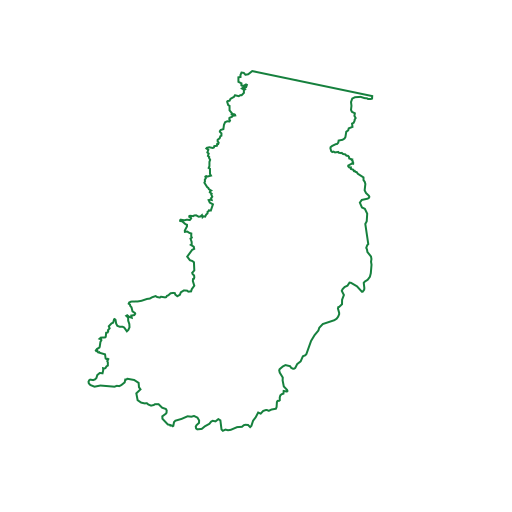 outline of Yavaraté (Cor. Departamental), Vaupés, Colombia, rotated 122°
{"feature_id": "7082276B57930571389360", "entity_name": "Yavaraté (Cor. Departamental)", "entity_type": "district", "adm_level": 2, "iso_a3": "COL", "parent_name": "Colombia", "parent_adm1": "Vaupés", "projection": "mercator", "projection_center": [-69.777, 0.831], "detail": "fine", "context": "isolated", "style": "outline", "palette": "green", "viewbox_px": 512, "rotation_deg": 122, "n_neighbors": 0, "source": "geoboundaries", "source_scale": "gbopen_adm2", "svg_char_len": 6144}
<svg xmlns="http://www.w3.org/2000/svg" viewBox="0 0 512 512"><g transform="rotate(122 256 256)"><path d="M101.2,357.2L106.0,358.9L107.9,361.0L107.2,363.4L108.1,365.5L110.7,365.1L112.4,364.0L113.8,365.6L117.6,363.2L117.3,359.8L118.9,359.0L119.1,358.5L118.1,356.6L115.8,355.4L115.7,354.4L117.9,353.9L120.0,356.2L121.4,356.7L121.3,355.2L120.2,355.1L120.3,353.6L122.0,354.1L124.0,352.7L127.3,353.4L127.9,354.5L129.6,355.3L130.8,359.0L132.7,359.0L136.2,360.9L138.3,360.7L139.7,362.2L140.5,362.2L142.7,359.6L142.7,358.0L146.5,355.6L147.7,352.1L148.6,351.8L147.4,349.9L147.3,348.7L147.8,348.1L149.7,350.3L150.6,350.1L152.9,351.7L154.1,351.2L154.9,349.8L156.0,349.8L157.0,351.8L158.9,353.1L161.7,352.7L165.7,350.9L167.8,352.7L169.3,352.8L169.8,352.5L170.3,350.3L172.3,349.1L173.3,349.7L175.5,349.2L177.7,350.1L178.9,349.5L179.7,347.7L181.1,347.4L181.5,348.3L183.3,347.6L184.9,349.6L186.2,349.2L187.3,349.9L188.5,353.2L190.3,355.0L191.1,355.1L191.2,352.7L194.0,352.1L194.2,350.4L196.6,349.8L196.8,348.2L197.6,347.9L198.8,345.8L200.8,345.4L204.5,343.1L206.4,342.8L206.4,341.3L210.8,338.5L211.7,336.8L214.4,339.3L214.6,340.6L215.5,341.0L216.5,339.8L218.5,339.8L219.8,338.8L221.2,338.6L223.5,333.8L223.5,332.6L224.3,331.3L224.3,328.7L225.4,329.2L226.4,329.0L226.7,326.6L227.5,326.6L228.9,324.5L230.8,324.7L232.0,323.3L232.6,324.8L233.7,325.8L235.2,323.5L235.0,319.9L241.4,318.4L242.2,320.1L243.0,319.9L244.1,320.5L245.6,319.7L247.2,320.2L249.6,320.0L250.1,321.5L251.5,321.9L250.0,323.5L252.0,324.1L253.1,325.5L253.2,328.3L254.4,329.9L255.5,330.4L256.8,333.2L257.4,333.7L258.1,333.4L257.9,331.7L258.5,330.9L260.6,331.2L261.8,333.8L263.7,335.7L265.1,339.1L265.9,339.3L266.5,338.8L265.7,337.0L266.4,332.7L266.1,331.1L267.5,330.2L272.1,329.9L273.2,329.1L271.7,327.3L271.7,324.6L271.2,322.8L273.6,321.4L274.4,320.2L275.9,320.8L278.2,318.0L280.2,316.7L281.1,317.1L281.1,313.7L282.7,312.2L284.6,313.4L293.0,314.0L294.6,309.8L294.0,307.4L294.2,305.3L300.9,300.7L304.1,301.2L305.0,300.0L305.3,298.2L306.8,297.0L308.2,296.6L308.9,297.2L310.7,296.3L313.9,292.6L318.2,292.9L320.4,292.3L322.1,294.5L321.9,296.1L323.4,298.9L326.6,300.5L329.2,300.0L331.8,301.4L331.5,304.0L330.5,305.2L331.2,306.7L332.9,308.7L335.8,309.5L337.0,310.4L338.5,310.4L339.3,311.2L340.9,315.0L342.2,315.5L343.2,318.1L343.2,319.9L346.0,322.2L348.4,323.5L350.1,325.6L354.7,329.4L357.2,332.2L360.8,337.7L362.6,338.9L363.9,338.7L364.0,337.1L365.0,336.1L365.5,334.4L368.4,331.4L368.5,328.5L369.0,327.8L370.6,327.9L372.6,330.2L374.2,328.7L374.8,331.3L374.5,333.8L375.5,334.3L376.0,331.8L378.6,330.1L380.8,327.4L383.5,325.5L386.3,325.1L388.3,325.6L386.5,329.9L386.7,331.7L388.2,334.0L388.7,336.6L387.4,338.8L384.6,341.3L384.4,342.5L384.9,342.8L388.2,341.8L389.7,342.8L393.6,343.6L394.9,341.8L397.4,342.2L398.0,341.5L399.5,341.3L400.5,342.4L404.2,340.6L405.1,340.9L407.4,344.3L409.1,344.8L408.8,343.1L409.3,342.5L411.3,342.4L415.9,340.4L416.7,340.3L419.0,341.6L421.0,341.8L421.3,341.1L420.5,340.3L421.1,339.9L421.4,338.6L420.6,337.9L420.9,337.2L419.4,331.9L422.6,329.2L422.6,327.5L421.7,327.2L421.7,326.6L424.0,326.4L424.7,325.3L427.4,323.6L428.8,324.3L430.9,324.3L431.8,325.0L432.2,326.2L433.7,325.1L436.8,324.0L438.0,326.5L441.1,327.5L444.0,326.7L445.9,327.1L447.5,328.3L448.7,331.1L449.8,331.6L451.4,331.4L452.6,330.3L453.2,328.1L452.4,323.7L448.3,319.3L441.8,306.7L439.9,305.3L438.8,303.0L436.8,301.8L432.8,300.4L430.0,301.4L429.4,300.4L428.3,300.1L425.7,293.6L425.8,288.3L429.3,285.7L430.3,283.3L435.9,284.7L441.0,280.0L441.2,275.7L440.0,272.3L438.7,270.6L439.0,268.6L438.5,265.7L436.5,263.7L435.3,263.2L433.3,260.1L434.4,255.2L433.5,251.4L434.3,249.9L436.4,248.8L437.6,248.9L441.6,250.5L443.6,249.1L445.6,241.5L444.8,239.3L445.2,238.7L444.4,237.8L444.5,236.4L443.9,236.1L440.3,237.5L438.4,237.1L433.6,232.8L428.2,229.1L426.5,225.6L424.5,223.8L424.1,220.0L425.6,217.1L427.7,215.9L431.0,216.8L432.6,216.7L434.0,215.4L434.1,213.9L431.4,210.4L427.5,209.1L423.0,206.6L420.3,206.3L418.7,205.4L417.7,202.7L414.3,201.5L414.3,199.1L421.4,193.3L421.8,191.5L419.4,189.9L418.6,187.4L416.8,185.3L411.1,181.3L408.3,177.4L406.0,176.7L404.8,175.6L403.5,173.2L404.2,170.3L402.5,169.9L397.2,171.2L393.0,170.8L387.6,171.2L387.2,168.5L383.6,167.8L381.6,166.2L380.9,165.3L380.5,163.1L378.0,161.5L375.0,158.2L373.2,158.5L368.7,160.9L367.4,160.9L366.6,159.7L365.7,159.4L363.4,160.9L361.3,161.5L359.6,161.0L358.2,159.8L355.8,161.0L354.6,158.0L353.8,157.8L353.1,158.7L351.9,163.3L347.4,167.5L344.9,168.9L342.3,174.1L340.7,175.7L339.5,176.0L335.4,174.7L332.9,173.2L331.4,168.7L332.2,166.9L332.0,164.9L331.4,164.0L330.2,163.4L325.8,163.8L321.7,162.3L316.2,163.1L314.1,161.6L312.5,161.3L298.8,164.3L292.0,164.4L286.2,163.6L283.3,164.3L278.3,163.3L269.0,155.6L266.5,154.4L264.0,154.2L261.4,154.6L260.2,155.3L257.1,158.7L255.7,159.1L255.2,158.5L251.3,157.5L247.5,159.8L242.5,160.8L240.1,164.8L238.2,165.0L235.3,164.4L232.7,162.7L229.0,162.6L228.4,161.1L228.2,154.3L230.2,147.2L229.7,146.6L227.3,146.4L225.8,147.1L221.7,150.4L220.1,150.2L217.0,148.7L213.3,148.4L209.8,149.5L202.2,153.4L199.9,155.4L197.4,156.5L195.5,158.2L193.6,163.6L191.6,165.4L190.7,166.8L187.9,167.4L186.4,167.1L170.9,180.3L167.9,180.5L161.2,184.1L158.3,188.7L158.7,191.9L155.7,196.2L152.4,196.0L148.2,191.7L147.0,191.1L145.8,191.2L145.1,192.2L144.3,196.1L142.7,198.7L137.0,201.4L135.4,203.2L134.7,205.0L132.4,206.5L132.3,213.3L131.5,215.1L132.0,216.3L131.5,217.4L132.1,218.0L131.3,219.3L131.9,221.6L130.6,222.5L131.5,223.7L131.1,225.3L130.4,225.7L126.9,223.7L126.3,222.5L125.5,222.9L125.2,223.8L124.3,224.1L123.8,225.9L123.2,225.8L123.9,228.6L122.7,229.7L122.3,231.0L123.0,232.5L122.5,234.1L123.4,236.2L123.1,237.9L123.7,238.4L124.6,240.7L124.2,241.4L126.3,243.9L126.4,245.6L127.4,246.4L127.2,247.8L125.2,250.0L124.2,250.4L122.4,249.8L119.0,247.7L118.0,246.6L116.3,246.3L114.3,247.1L111.6,244.2L109.5,243.2L107.8,243.2L102.8,245.3L100.6,244.4L98.6,245.0L95.4,242.6L92.8,244.7L91.3,243.8L88.9,244.1L88.1,244.6L86.2,244.6L85.0,246.8L82.6,247.8L82.9,251.1L81.7,252.9L78.1,254.6L75.1,257.0L71.5,257.8L68.9,256.2L65.6,251.6L64.6,247.6L63.5,245.5L63.5,244.2L62.1,241.9L61.0,241.0L58.8,242.2L101.2,357.2Z" fill="none" stroke="#15803d" stroke-width="2"/></g></svg>